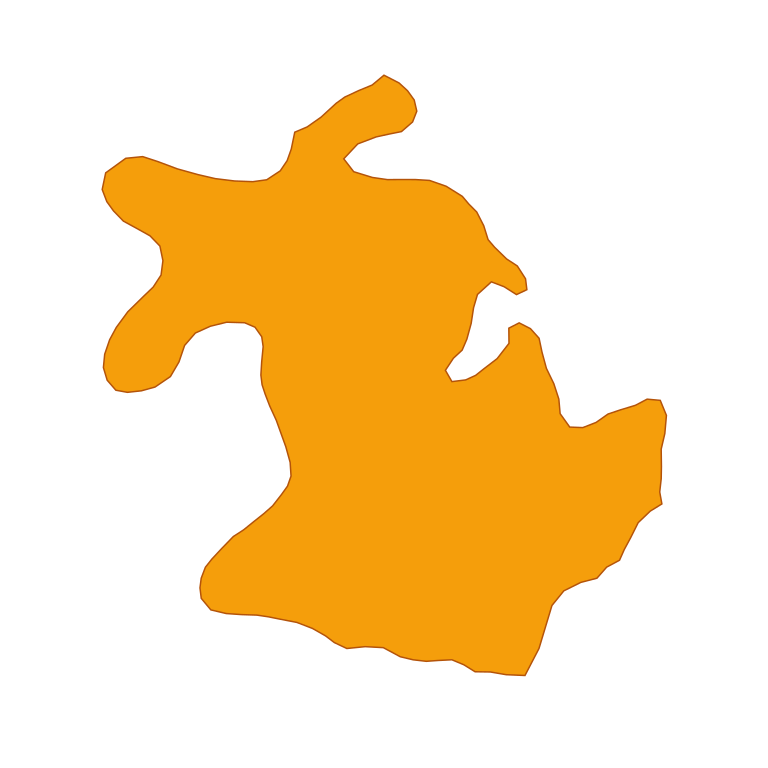 the district of Piratuba, Santa Catarina, Brazil, rotated 83°
{"feature_id": "56859067B2926669482490", "entity_name": "Piratuba", "entity_type": "district", "adm_level": 2, "iso_a3": "BRA", "parent_name": "Brazil", "parent_adm1": "Santa Catarina", "projection": "robinson", "projection_center": [-51.784, -27.46], "detail": "fine", "context": "isolated", "style": "filled", "palette": "amber", "viewbox_px": 768, "rotation_deg": 83, "n_neighbors": 0, "source": "geoboundaries", "source_scale": "gbopen_adm2", "svg_char_len": 2287}
<svg xmlns="http://www.w3.org/2000/svg" viewBox="0 0 768 768"><g transform="rotate(83 384 384)"><path d="M123.2,441.9L139.5,447.4L150.5,452.9L159.8,461.0L167.0,475.5L167.2,489.6L164.3,507.5L159.6,526.4L153.5,543.1L145.2,563.1L135.6,581.5L128.9,595.8L128.5,612.8L140.5,634.5L156.6,640.0L169.2,636.9L179.2,631.4L190.6,622.8L198.6,611.6L208.4,598.2L219.8,589.6L234.6,588.4L248.7,592.0L259.7,601.3L267.4,611.6L281.1,629.5L295.2,642.8L306.6,650.9L320.4,657.6L333.5,660.5L346.5,658.3L357.5,650.9L361.0,639.7L361.2,625.6L359.1,611.6L350.6,595.1L337.1,584.8L321.4,577.2L310.4,565.0L305.5,549.3L303.5,532.6L306.2,514.9L311.9,505.1L322.2,499.6L332.2,499.4L347.1,502.7L360.1,505.1L369.9,505.1L379.5,503.2L391.9,500.1L407.0,495.3L420.7,492.2L434.3,489.1L450.4,486.7L464.1,487.5L473.6,492.2L481.4,499.4L491.4,509.4L498.1,519.2L504.4,529.5L511.7,541.2L517.0,552.1L527.4,565.0L536.8,576.2L544.1,583.6L554.5,589.1L563.9,591.5L574.5,591.5L587.1,583.4L592.6,568.6L595.5,553.6L597.9,538.3L601.0,527.1L604.9,515.4L610.0,499.6L617.9,484.8L626.9,472.7L634.6,464.8L642.0,453.1L642.4,434.7L645.6,416.8L656.7,401.1L661.3,388.7L664.4,375.8L665.0,364.1L666.0,350.2L672.4,339.0L680.7,328.7L682.8,313.5L687.4,298.2L690.5,279.6L665.4,262.4L624.3,244.3L611.2,230.7L604.9,212.8L602.7,196.3L592.9,185.3L587.6,171.7L577.6,165.7L566.6,157.9L552.6,148.6L542.6,135.2L536.9,122.8L524.8,123.5L511.8,120.4L499.8,118.7L482.4,116.8L467.4,111.3L449.6,107.5L433.9,111.8L431.1,124.7L435.8,137.1L438.4,152.1L441.1,165.3L448.0,178.2L451.5,192.0L449.4,204.9L434.9,212.8L420.3,212.3L404.4,215.4L388.3,220.9L371.6,223.3L357.5,224.5L346.9,231.9L339.8,242.4L343.8,253.3L358.9,255.0L372.6,268.6L380.9,282.7L386.6,292.0L389.9,302.5L389.9,316.3L377.9,321.4L366.9,312.0L359.9,302.3L349.6,296.3L334.5,290.1L319.2,285.8L306.5,280.3L295.7,265.0L302.1,252.9L311.4,241.6L307.8,230.7L296.8,230.7L283.1,237.3L274.8,247.1L261.7,257.6L253.4,263.1L239.1,265.7L224.6,271.0L215.7,277.9L207.3,283.4L195.3,298.2L187.5,314.0L184.9,328.0L182.9,344.0L181.6,355.5L177.6,370.3L169.6,388.2L155.6,396.5L142.5,380.8L137.8,361.7L136.6,349.0L135.6,335.9L127.4,323.7L117.2,318.2L105.8,319.4L95.8,324.9L87.1,332.3L77.5,346.4L85.8,359.3L89.7,373.4L94.4,387.9L99.5,397.2L111.5,414.0L119.5,429.0L123.2,441.9Z" fill="#f59e0b" stroke="#b45309" stroke-width="1.5"/></g></svg>